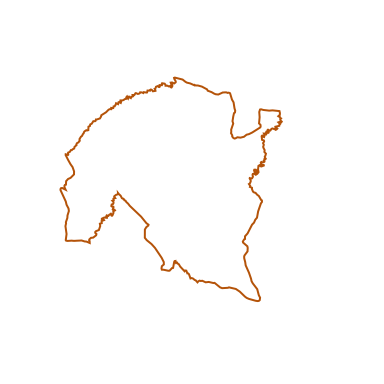 the district of Thaba-Tseka, Thaba-Tseka, Lesotho, rotated 310°
{"feature_id": "5366337B12676471094494", "entity_name": "Thaba-Tseka", "entity_type": "district", "adm_level": 2, "iso_a3": "LSO", "parent_name": "Lesotho", "parent_adm1": "Thaba-Tseka", "projection": "equal_earth", "projection_center": [28.592, -29.521], "detail": "fine", "context": "isolated", "style": "outline", "palette": "amber", "viewbox_px": 384, "rotation_deg": 310, "n_neighbors": 0, "source": "geoboundaries", "source_scale": "gbopen_adm2", "svg_char_len": 6020}
<svg xmlns="http://www.w3.org/2000/svg" viewBox="0 0 384 384"><g transform="rotate(310 192 192)"><path d="M310.2,207.0L306.3,201.2L304.0,198.9L300.7,193.9L299.7,191.7L298.9,191.1L296.5,192.1L292.8,195.7L287.6,199.3L287.5,201.2L286.5,202.3L285.4,202.8L276.3,199.9L272.9,198.4L271.0,197.0L267.7,196.3L264.8,194.2L263.1,191.6L261.0,190.8L260.2,190.1L260.0,188.6L260.4,187.1L261.3,186.4L262.2,184.0L263.1,183.6L265.0,181.9L270.9,179.6L272.3,177.5L276.3,175.1L279.4,173.5L280.5,173.8L282.1,172.8L283.4,170.8L287.4,166.2L288.5,163.2L292.1,157.7L292.0,157.0L291.4,155.9L290.8,155.6L290.3,154.1L288.0,151.6L283.6,149.5L282.1,147.3L281.6,145.8L281.1,142.8L279.7,138.9L280.3,137.6L279.1,131.8L277.4,128.1L276.0,126.4L275.7,125.2L275.3,125.3L274.0,120.8L272.5,117.8L272.2,116.2L272.1,112.5L268.6,105.3L267.9,104.9L267.3,105.7L266.3,108.4L265.5,109.0L263.7,108.6L263.1,106.3L262.1,105.4L261.4,106.6L261.5,107.9L261.2,108.3L260.2,109.0L258.9,109.1L258.6,108.4L258.7,108.0L259.8,107.4L258.0,106.5L257.6,104.8L256.4,103.4L257.1,102.8L257.4,101.4L256.1,99.2L255.4,99.4L255.1,100.1L254.5,100.3L253.1,98.5L252.0,99.6L251.4,99.5L251.1,99.1L251.2,97.7L249.5,96.8L247.4,97.5L247.0,97.2L246.5,98.5L246.0,99.0L244.0,97.3L244.4,95.6L244.1,94.6L243.0,94.2L242.6,94.6L241.1,92.7L239.4,93.6L238.9,93.2L237.5,90.9L236.5,91.1L236.1,89.6L235.0,88.2L234.4,88.5L233.5,88.3L232.3,87.5L231.8,85.7L231.4,85.2L229.3,85.5L228.2,84.2L227.6,85.3L227.0,85.2L226.1,84.3L224.6,84.8L224.4,83.7L224.7,82.6L224.4,82.3L222.7,82.9L223.5,80.8L222.2,80.8L221.2,81.8L219.8,80.7L218.5,80.5L217.3,79.7L216.2,78.3L215.8,78.5L215.4,79.8L214.4,80.2L214.0,78.3L213.5,78.0L211.8,78.9L211.2,76.8L209.6,77.5L209.0,77.4L208.0,77.7L207.2,76.9L205.7,77.7L204.6,76.2L204.2,76.8L203.6,77.0L202.8,75.9L201.5,75.2L197.8,74.9L192.5,73.2L191.4,73.8L189.2,74.2L186.1,72.3L185.8,71.8L184.4,72.4L183.9,72.2L182.8,70.9L179.9,71.3L178.3,70.6L177.0,71.4L175.5,70.7L172.7,72.8L171.6,72.0L171.4,71.3L169.4,70.7L168.2,70.8L167.3,71.3L166.0,71.2L164.5,71.7L162.9,71.4L160.2,71.8L159.1,73.1L158.4,72.9L157.2,73.2L155.5,72.5L154.1,72.8L153.7,73.4L151.0,73.0L149.6,73.8L148.0,73.1L146.8,73.0L146.2,72.3L144.1,72.6L142.6,71.8L142.0,72.0L141.1,73.2L140.6,73.2L139.7,71.0L139.1,71.4L136.9,76.6L135.2,81.1L134.3,84.5L132.0,88.4L129.6,90.3L124.8,89.9L122.3,88.7L119.4,88.6L116.6,90.7L115.7,90.1L114.7,90.3L113.6,91.4L112.5,93.7L111.6,89.9L110.7,89.2L109.7,89.4L108.9,90.1L103.6,101.4L101.6,104.1L100.0,108.0L98.3,109.9L94.0,111.7L92.0,113.2L87.8,114.8L87.0,115.7L84.5,117.0L79.2,122.9L74.0,126.2L73.8,126.9L74.6,128.2L77.3,131.0L78.7,133.0L83.9,138.6L85.1,141.5L86.2,143.1L87.2,146.4L88.7,145.0L88.9,144.2L89.8,143.8L92.0,144.1L93.5,145.6L97.2,146.4L98.4,145.8L98.5,144.2L99.1,143.6L100.2,143.6L103.0,145.1L106.9,143.6L108.5,141.8L110.1,142.9L111.7,141.4L113.9,142.7L114.1,142.0L113.0,141.1L113.3,140.2L113.7,140.1L116.1,141.2L117.5,143.4L118.3,142.9L118.4,141.9L119.3,141.7L119.9,143.3L121.3,143.2L122.2,143.7L123.0,143.6L123.3,143.8L123.1,144.4L122.5,144.8L122.2,145.6L122.4,146.0L122.9,146.1L125.5,145.3L126.6,144.1L128.4,144.8L128.6,144.0L127.8,143.1L127.7,142.5L130.0,141.6L130.2,141.2L129.4,140.1L129.4,139.2L130.8,138.5L131.9,139.2L133.0,139.0L133.9,138.3L134.1,136.6L135.4,137.3L136.3,136.1L136.6,136.1L138.0,137.1L138.4,135.4L138.9,135.2L141.1,135.7L142.5,136.6L143.1,136.5L143.7,135.9L143.4,137.3L143.3,139.7L142.2,142.3L142.7,143.6L142.4,144.2L142.7,144.8L142.2,145.6L142.6,146.7L142.1,148.1L142.0,150.5L141.4,153.2L140.4,168.9L138.8,177.2L139.0,179.7L138.2,180.1L135.7,179.6L133.0,180.0L126.6,185.3L126.0,188.3L126.1,194.4L125.4,199.5L122.1,211.0L120.2,215.4L118.4,217.0L115.8,216.6L113.9,217.7L113.1,218.8L114.3,220.4L116.4,224.4L117.3,225.4L120.9,225.6L121.7,226.3L127.0,223.3L127.9,223.1L128.5,223.6L127.6,224.2L127.3,225.2L128.2,225.3L128.4,226.0L127.9,226.8L128.2,228.4L127.3,230.8L126.5,237.3L127.5,237.2L128.1,238.2L126.7,240.7L127.1,241.0L127.1,242.5L124.8,246.4L125.9,247.1L126.4,248.6L126.3,250.5L126.7,251.6L126.3,254.3L127.8,254.3L129.0,254.8L129.5,256.0L130.6,256.9L131.6,260.5L133.9,262.7L136.0,266.9L136.9,267.7L137.0,274.8L137.7,276.9L141.7,281.1L142.7,281.6L145.9,287.9L146.4,292.6L145.9,299.8L146.0,301.9L146.7,304.3L149.6,310.7L150.7,312.5L151.6,313.2L152.7,313.4L154.8,312.1L155.9,309.5L159.5,304.4L161.1,297.2L162.0,294.9L163.5,293.0L166.8,287.5L170.3,280.3L172.6,277.7L174.8,274.6L176.0,273.5L177.1,273.0L182.2,272.7L185.0,270.6L186.0,269.3L186.1,263.6L186.7,262.8L189.3,262.4L190.1,262.8L192.1,261.1L196.0,261.2L205.6,259.0L208.4,259.2L211.4,258.3L214.1,258.3L219.7,255.1L227.6,252.1L229.3,252.0L230.2,251.3L230.5,250.8L230.3,250.2L231.9,245.8L231.8,243.6L232.2,241.2L231.6,240.0L231.5,238.5L232.7,236.2L233.8,235.2L233.1,233.1L234.1,232.7L234.7,230.5L235.8,230.8L237.8,230.2L238.7,229.4L239.4,227.5L239.8,227.3L240.4,228.7L241.1,229.2L242.8,228.9L244.1,227.3L244.9,227.0L245.9,227.8L246.2,229.8L246.8,229.8L247.5,227.1L248.6,225.5L249.2,225.4L250.1,226.5L250.1,227.2L249.0,228.3L248.4,230.3L250.0,230.2L251.7,228.1L254.7,226.1L256.3,226.6L255.7,227.8L256.2,228.8L258.4,230.0L258.8,229.6L258.7,229.2L258.0,228.7L257.8,227.6L258.8,225.8L259.6,225.8L259.9,226.8L261.5,228.0L261.8,228.0L262.1,226.9L262.8,227.0L263.5,226.4L264.2,227.2L264.5,227.2L265.0,227.0L265.1,225.9L265.9,225.0L266.9,224.9L268.9,224.0L269.2,221.7L270.8,220.7L271.6,218.7L272.3,217.5L274.3,216.7L275.1,215.0L277.0,214.8L277.4,214.4L277.7,213.9L277.0,212.1L279.5,209.5L280.1,209.4L280.5,209.7L280.2,211.3L280.4,211.9L282.0,211.3L283.0,209.5L284.0,210.8L283.9,211.7L284.8,211.6L285.3,211.1L285.5,210.3L286.2,210.2L286.6,210.6L286.2,212.1L286.5,212.5L286.8,212.5L288.0,210.1L288.5,210.1L288.8,210.6L288.8,212.1L289.4,212.5L291.5,212.3L292.4,212.8L293.0,214.4L294.3,214.8L294.5,215.1L293.5,216.1L294.1,216.5L295.4,216.6L295.4,214.7L295.7,214.0L298.8,216.3L299.6,215.8L300.7,215.8L300.9,213.4L301.8,213.9L302.7,215.6L303.6,215.5L303.7,213.9L304.4,212.9L305.6,212.9L305.4,211.9L306.2,210.6L305.5,209.8L305.5,209.4L307.5,209.7L308.9,208.7L310.2,207.0Z" fill="none" stroke="#b45309" stroke-width="2"/></g></svg>